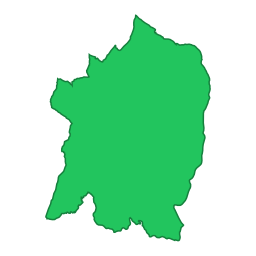 the district of Oiba, Santander, Colombia
{"feature_id": "7082276B26370830430673", "entity_name": "Oiba", "entity_type": "district", "adm_level": 2, "iso_a3": "COL", "parent_name": "Colombia", "parent_adm1": "Santander", "projection": "robinson", "projection_center": [-73.296, 6.231], "detail": "fine", "context": "isolated", "style": "filled", "palette": "green", "viewbox_px": 256, "rotation_deg": 0, "n_neighbors": 0, "source": "geoboundaries", "source_scale": "gbopen_adm2", "svg_char_len": 5704}
<svg xmlns="http://www.w3.org/2000/svg" viewBox="0 0 256 256"><path d="M182.2,44.8L179.6,45.1L177.2,43.6L176.0,43.6L176.0,44.4L175.0,43.6L174.2,42.4L173.2,41.4L170.1,39.5L168.2,39.1L164.7,39.0L163.7,38.7L163.2,38.1L163.1,37.4L162.3,36.8L161.5,36.8L160.8,35.7L158.4,34.9L156.9,34.0L156.2,33.8L155.9,33.3L155.8,32.5L155.4,32.5L155.0,32.8L154.8,32.7L154.7,32.4L154.6,31.0L155.3,30.3L155.4,29.9L155.3,29.5L154.7,29.0L152.6,27.7L150.6,26.9L150.2,26.6L149.4,25.5L148.8,25.1L145.0,22.9L142.3,20.9L140.7,19.4L140.0,19.2L139.1,18.6L136.3,15.6L135.7,15.4L135.5,17.6L134.2,20.0L133.8,22.5L133.8,25.4L134.0,26.1L133.9,27.6L133.4,29.8L131.6,34.7L130.4,36.9L130.5,38.7L129.8,40.0L127.4,43.1L123.8,46.4L121.1,49.6L120.2,50.3L119.6,50.4L118.6,50.2L117.5,49.3L117.1,48.4L116.3,48.2L115.8,47.5L115.6,45.5L115.4,45.4L115.1,45.5L114.4,46.7L111.0,50.6L108.7,54.1L107.8,55.0L107.4,55.0L107.1,55.4L106.9,56.2L105.6,58.9L103.3,60.3L102.7,61.8L102.4,61.9L101.3,61.7L99.1,60.4L99.0,60.1L97.5,58.3L97.3,58.3L96.7,58.7L95.7,58.7L95.3,58.5L95.5,57.2L94.9,56.8L93.0,56.4L90.0,55.2L89.3,54.6L89.3,57.7L89.7,59.0L89.7,60.0L89.4,61.0L89.5,61.6L89.4,62.8L89.6,63.9L89.3,64.6L89.4,65.1L89.0,65.3L88.7,66.1L88.0,67.9L87.6,68.6L87.5,69.3L86.7,70.4L86.8,72.1L89.0,76.8L88.2,77.2L83.8,77.0L82.4,77.7L80.0,78.0L79.2,78.6L78.1,78.4L77.1,78.5L76.2,79.3L74.4,79.6L73.7,81.2L72.2,81.7L72.0,82.5L72.1,85.3L71.7,84.7L70.8,84.4L70.3,83.9L70.0,82.9L68.8,82.5L67.9,81.5L67.4,81.3L66.1,81.6L65.3,81.6L63.5,80.9L61.7,79.9L60.5,79.0L58.3,79.3L57.7,78.8L57.4,81.8L56.9,82.5L57.3,83.5L57.2,84.4L56.7,85.4L56.6,88.4L55.8,89.7L53.9,91.9L53.1,94.9L51.7,96.7L51.6,97.5L50.6,99.5L50.7,100.9L50.4,101.8L51.0,102.7L51.1,104.8L51.6,105.9L51.7,107.5L53.5,108.7L55.1,109.3L56.2,110.4L57.0,110.6L58.4,112.2L59.7,112.7L61.0,113.9L64.0,115.9L65.8,116.8L66.3,118.0L69.2,119.7L71.0,122.4L72.0,123.4L70.4,126.0L70.3,127.5L69.4,131.4L69.4,132.7L70.0,133.3L70.2,133.9L70.0,136.0L69.0,137.3L68.6,139.1L68.3,139.7L64.6,141.6L64.1,144.6L63.6,145.4L62.2,147.1L62.1,148.2L61.8,148.6L61.7,150.7L61.9,151.5L63.6,151.7L63.8,152.5L64.6,153.0L64.6,154.1L65.0,154.8L64.3,156.2L65.4,158.6L65.3,159.9L65.4,160.5L65.3,161.3L65.6,163.4L66.0,164.3L66.0,165.4L65.1,167.2L63.8,171.1L63.0,172.1L58.9,176.1L58.4,177.4L58.1,180.1L57.6,182.3L56.8,184.0L55.9,189.1L55.5,190.4L53.9,193.5L52.6,199.2L52.4,199.7L51.6,200.1L51.3,200.6L50.7,203.8L48.5,208.9L46.0,216.2L45.9,217.0L46.8,217.8L47.0,218.8L48.1,218.6L49.8,219.2L52.4,219.6L54.7,219.5L56.4,218.3L58.8,217.4L59.9,216.5L60.3,215.7L61.0,215.1L61.5,213.9L61.9,213.5L63.8,213.6L65.4,213.0L66.5,213.2L67.1,212.2L67.5,212.2L69.0,213.2L70.2,213.2L70.4,212.8L70.5,212.0L70.9,211.8L71.8,212.1L72.2,212.7L72.7,212.9L73.6,212.6L73.8,212.1L74.2,211.9L74.5,212.4L75.1,212.3L75.1,212.0L74.9,211.8L75.3,211.6L75.3,212.1L75.7,211.7L76.2,210.6L78.1,208.6L78.1,208.3L78.4,207.9L78.5,206.7L78.1,206.4L78.6,205.2L79.0,205.0L79.7,205.2L80.4,204.9L82.8,202.5L82.9,202.1L82.2,201.7L81.5,200.6L81.7,200.4L82.0,200.4L82.0,200.2L81.5,199.8L81.2,198.7L81.2,198.4L81.8,198.4L81.4,197.9L81.3,197.2L81.5,197.2L82.0,197.6L83.6,197.5L83.6,196.4L84.7,195.8L85.5,195.8L86.0,195.4L86.7,194.1L87.9,193.2L87.8,192.3L87.9,192.2L89.4,192.6L90.2,193.6L90.9,194.1L91.2,194.1L93.7,197.1L93.8,197.7L93.5,198.6L93.9,202.2L95.0,203.7L95.6,205.2L96.2,207.9L95.3,211.5L93.8,213.1L93.3,213.9L93.3,215.7L94.4,217.7L94.3,218.6L94.1,219.2L94.7,220.8L96.8,223.9L98.4,224.9L102.3,225.2L103.7,226.0L105.8,228.2L106.3,228.5L107.8,228.3L108.3,228.1L109.9,228.8L112.2,229.2L113.8,230.8L113.8,232.0L114.1,232.2L114.9,232.3L116.0,231.6L118.0,230.9L120.5,230.9L121.0,230.5L121.6,229.1L122.1,228.4L122.9,227.8L123.6,227.8L125.9,229.3L126.8,229.2L127.7,228.5L127.9,228.1L128.3,226.6L128.7,225.9L129.7,225.1L130.3,224.1L130.4,223.0L129.9,221.6L129.5,218.7L129.7,218.1L130.3,217.7L131.1,218.6L131.5,218.8L132.1,220.5L132.8,221.3L134.6,222.6L135.9,224.1L136.4,224.4L137.0,224.4L138.6,223.5L140.1,223.9L140.5,223.7L140.5,223.2L140.3,222.6L138.5,221.3L138.5,221.0L138.8,220.6L140.3,220.7L142.0,221.5L142.5,222.8L142.6,224.3L142.3,225.4L142.4,225.8L143.4,226.2L143.7,227.4L144.4,228.4L144.4,228.9L144.8,229.4L145.9,230.2L146.7,232.4L147.3,233.2L148.5,234.2L149.2,235.2L149.3,236.2L149.9,236.8L150.6,236.8L151.1,236.7L152.9,235.6L154.3,235.6L155.4,235.9L155.8,236.5L157.1,237.5L159.2,237.7L162.2,236.5L164.8,237.4L165.4,238.0L166.7,238.7L167.3,238.7L167.8,238.3L168.8,238.2L169.9,238.4L174.8,240.4L175.1,239.8L175.4,239.8L177.7,240.6L178.7,240.6L179.4,240.0L180.0,238.1L180.1,237.0L179.6,234.3L179.6,232.0L180.1,231.7L181.1,227.7L181.4,227.2L182.7,226.2L183.5,225.1L181.3,222.7L178.7,218.0L174.9,209.9L174.1,208.5L173.8,207.6L174.0,205.5L174.7,204.9L176.5,205.0L177.3,205.3L180.2,205.3L181.5,204.7L182.4,203.9L185.3,200.5L186.6,197.9L188.5,191.6L189.8,188.6L190.3,187.9L190.6,186.3L190.6,184.3L189.6,182.3L189.4,180.5L189.7,179.8L191.8,178.5L193.0,177.0L194.3,174.2L194.9,171.2L195.3,170.0L195.9,169.0L196.9,167.8L199.7,165.5L200.8,164.4L201.3,163.6L201.6,162.7L201.9,160.6L201.7,155.5L202.3,153.1L202.7,150.6L202.8,147.2L203.2,144.2L204.9,138.0L204.9,137.2L204.6,135.7L203.1,133.3L203.2,132.1L203.7,130.6L203.9,128.0L203.3,122.9L203.4,113.2L204.0,110.6L204.7,109.9L205.6,108.5L207.8,103.2L208.3,100.9L209.6,98.1L209.6,97.4L208.8,95.5L208.7,94.0L209.8,90.6L210.1,88.9L209.9,87.8L209.9,85.7L209.2,84.0L209.2,83.6L209.1,81.6L209.6,80.3L209.5,78.5L208.0,74.7L206.9,73.0L206.3,71.3L205.1,69.3L204.5,67.9L203.2,66.1L201.6,64.3L201.1,63.1L201.3,61.0L201.4,60.5L202.0,59.6L201.9,59.3L201.6,58.6L201.7,56.8L201.5,55.6L200.5,52.4L200.0,51.4L199.2,50.3L196.7,48.0L195.7,46.8L194.2,45.7L192.5,45.4L191.6,44.8L189.1,44.2L186.8,44.5L185.1,44.2L183.5,44.9L182.2,44.8Z" fill="#22c55e" stroke="#15803d" stroke-width="1.5"/></svg>